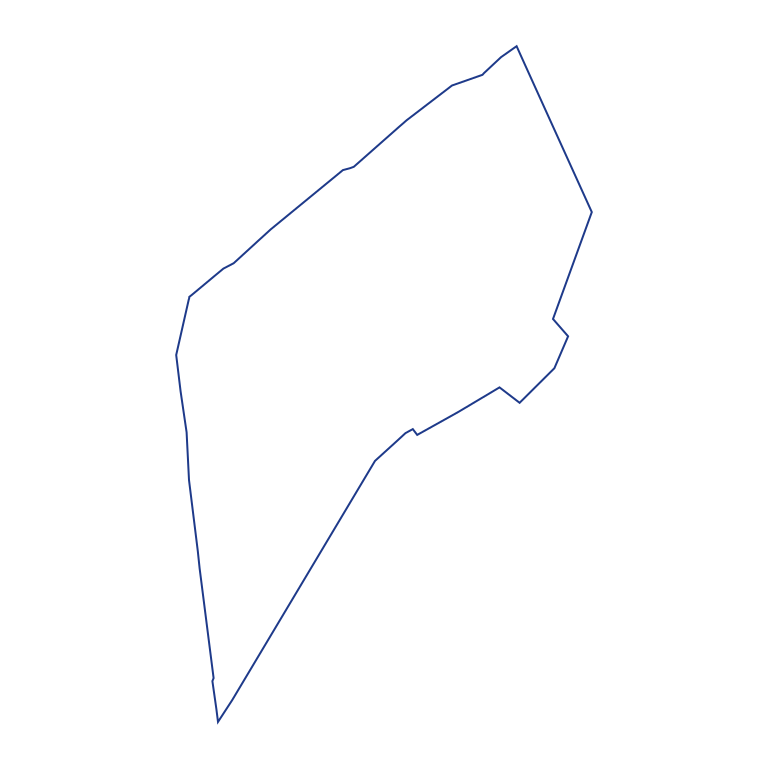 At Tadamon - BN, Blue Nile, Sudan
{"feature_id": "16777658B66976297159843", "entity_name": "At Tadamon - BN", "entity_type": "district", "adm_level": 2, "iso_a3": "SDN", "parent_name": "Sudan", "parent_adm1": "Blue Nile", "projection": "equal_earth", "projection_center": [33.588, 11.572], "detail": "fine", "context": "isolated", "style": "outline", "palette": "blue", "viewbox_px": 768, "rotation_deg": 0, "n_neighbors": 0, "source": "geoboundaries", "source_scale": "gbopen_adm2", "svg_char_len": 696}
<svg xmlns="http://www.w3.org/2000/svg" viewBox="0 0 768 768"><path d="M189.3,296.9L189.1,298.7L188.8,299.4L176.2,355.0L180.6,391.4L186.6,432.3L189.0,480.0L197.8,551.1L199.6,568.2L213.6,678.1L212.4,681.1L216.4,709.2L218.0,721.9L222.3,715.3L232.2,700.1L309.1,571.3L375.0,460.9L397.8,440.2L405.5,433.1L412.8,429.1L417.2,434.9L458.4,411.9L499.5,387.4L519.6,402.8L554.4,368.2L568.1,336.3L553.0,319.0L591.8,212.1L543.4,105.4L524.5,63.7L516.6,46.2L512.9,48.8L501.1,57.1L483.9,73.2L482.5,74.8L452.0,85.5L406.7,120.2L399.1,126.8L353.8,166.8L350.0,168.2L342.9,170.1L270.8,229.3L258.4,240.6L233.7,263.2L223.4,268.6L214.6,275.9L191.7,295.0L189.3,296.9Z" fill="none" stroke="#1e3a8a" stroke-width="2"/></svg>